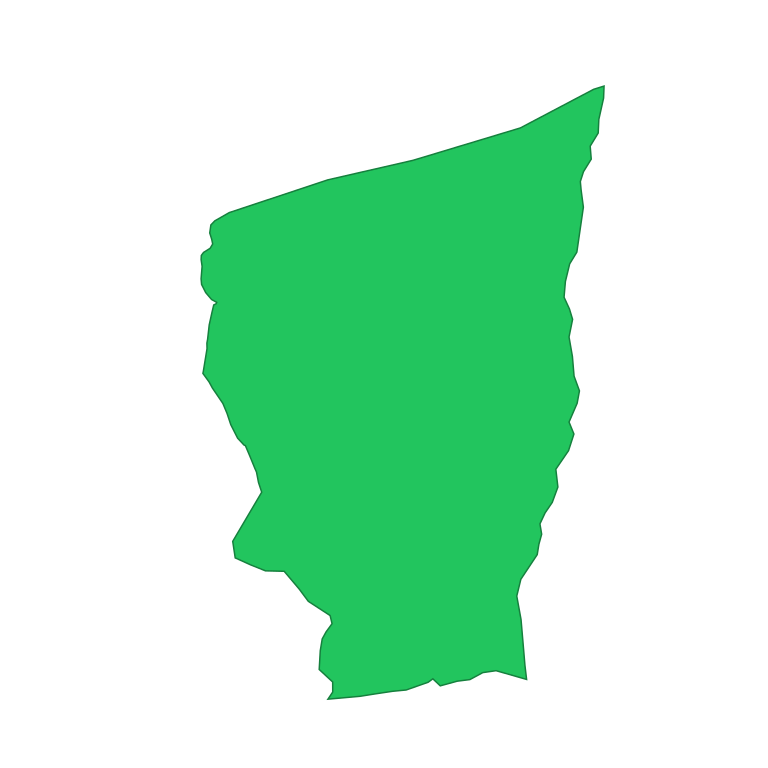 outline of San Pedro Cajonos, Oaxaca, Mexico, rotated 276°
{"feature_id": "50627088B28175104329163", "entity_name": "San Pedro Cajonos", "entity_type": "district", "adm_level": 2, "iso_a3": "MEX", "parent_name": "Mexico", "parent_adm1": "Oaxaca", "projection": "orthographic", "projection_center": [-96.263, 17.164], "detail": "fine", "context": "isolated", "style": "filled", "palette": "green", "viewbox_px": 768, "rotation_deg": 276, "n_neighbors": 0, "source": "geoboundaries", "source_scale": "gbopen_adm2", "svg_char_len": 1501}
<svg xmlns="http://www.w3.org/2000/svg" viewBox="0 0 768 768"><g transform="rotate(276 384 384)"><path d="M64.7,361.2L70.9,392.8L74.8,407.3L79.3,424.7L82.0,438.0L92.0,459.1L95.9,463.4L89.7,471.5L96.1,487.9L99.0,500.3L107.3,512.4L110.6,525.4L105.1,556.7L118.8,553.6L140.2,549.5L164.1,544.9L187.0,538.2L204.1,540.5L230.3,554.2L240.9,554.8L251.1,556.5L261.2,553.7L272.7,557.7L283.8,563.7L299.7,567.7L317.2,563.8L337.0,574.5L354.1,578.1L365.5,572.0L385.0,578.1L397.6,579.1L411.7,572.2L431.1,568.5L450.1,563.1L468.0,564.8L478.0,560.6L489.1,554.0L505.0,553.7L522.9,556.1L535.3,562.0L580.7,563.8L597.8,559.7L605.9,558.1L616.0,560.2L629.3,566.6L642.1,564.2L656.0,570.8L669.6,570.0L691.3,572.5L703.3,571.7L699.0,561.7L652.9,492.8L609.5,389.5L581.2,306.9L538.3,212.2L528.6,198.7L524.1,195.2L516.0,194.9L510.0,197.5L505.3,199.0L500.8,196.9L496.0,190.8L492.8,188.9L488.7,189.1L482.0,190.8L469.5,191.1L463.9,192.2L456.3,197.1L454.0,199.5L450.0,203.7L447.7,209.1L447.0,208.9L446.2,208.6L444.8,206.4L437.0,205.4L424.5,204.0L410.1,203.9L406.2,203.6L400.6,204.3L377.9,203.0L375.6,202.8L367.8,209.8L362.0,213.8L354.8,219.9L347.8,225.8L338.3,231.0L327.5,235.9L314.8,244.1L308.7,251.1L308.2,252.6L299.2,257.6L294.4,260.2L286.4,264.5L283.1,266.4L272.9,269.5L263.6,273.7L211.7,250.0L195.5,254.2L190.1,270.5L185.8,285.6L187.3,304.3L171.3,321.0L159.9,331.5L148.1,354.6L140.2,357.4L131.4,352.3L124.0,349.2L112.2,348.5L93.3,349.4L82.3,364.1L72.3,365.2L64.7,361.2Z" fill="#22c55e" stroke="#15803d" stroke-width="1.5"/></g></svg>